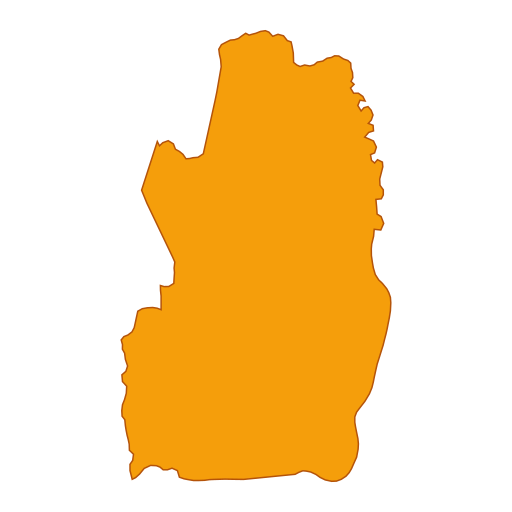 Imaruí, Santa Catarina, Brazil (Equal Earth projection)
{"feature_id": "56859067B62277062400963", "entity_name": "Imaruí", "entity_type": "district", "adm_level": 2, "iso_a3": "BRA", "parent_name": "Brazil", "parent_adm1": "Santa Catarina", "projection": "equal_earth", "projection_center": [-48.829, -28.216], "detail": "fine", "context": "isolated", "style": "filled", "palette": "amber", "viewbox_px": 512, "rotation_deg": 0, "n_neighbors": 0, "source": "geoboundaries", "source_scale": "gbopen_adm2", "svg_char_len": 2831}
<svg xmlns="http://www.w3.org/2000/svg" viewBox="0 0 512 512"><path d="M122.1,416.2L124.8,419.7L125.4,425.7L126.1,430.1L127.1,435.2L128.2,439.4L129.2,444.1L129.4,450.3L133.5,454.2L132.7,460.4L130.0,464.3L130.0,470.6L132.2,479.3L135.6,477.6L139.6,474.0L144.2,468.4L150.6,465.4L156.4,465.7L160.0,467.1L163.2,469.8L167.4,469.8L172.0,468.2L177.4,470.6L179.4,477.2L184.0,478.8L188.2,479.6L193.5,480.5L198.9,480.5L204.5,480.3L209.7,479.6L214.6,479.4L225.0,479.1L236.2,479.3L243.6,479.4L295.1,474.3L298.9,472.3L302.8,470.8L306.3,471.1L310.7,472.0L315.9,474.4L320.1,477.4L325.2,479.9L331.6,481.3L336.5,481.1L341.3,479.3L346.0,476.2L349.1,472.7L351.5,468.7L353.9,463.2L356.6,457.2L358.1,449.2L358.4,443.8L357.9,438.6L356.6,432.3L355.5,426.7L354.8,422.3L354.8,416.9L356.6,412.1L359.7,408.0L364.9,401.3L369.4,393.8L371.9,387.7L373.3,382.1L374.2,377.5L375.7,370.6L377.2,364.0L378.7,359.3L380.7,352.9L383.1,345.3L384.6,339.2L386.0,333.9L387.1,329.0L388.1,323.8L389.3,317.9L390.4,310.9L390.8,302.8L390.4,297.3L388.8,292.7L386.7,288.7L382.4,283.4L378.7,279.9L375.3,274.6L373.4,268.1L372.5,263.1L371.4,255.6L371.3,248.8L371.7,244.1L373.6,236.3L374.2,229.3L380.8,230.0L383.7,223.4L381.1,216.6L377.1,214.1L376.6,206.8L375.9,199.4L381.3,198.8L383.3,194.9L383.3,189.8L380.0,185.3L379.7,179.0L381.5,172.0L382.8,166.8L382.4,162.1L377.5,159.7L374.6,163.0L371.5,160.4L370.5,154.6L374.6,152.9L376.4,147.1L373.5,141.0L369.1,139.0L364.7,137.1L368.7,132.4L373.5,130.9L373.1,125.3L368.3,123.4L371.3,120.0L373.0,115.0L371.1,110.2L368.0,106.6L364.0,107.7L361.1,111.0L357.8,105.5L360.0,100.2L365.1,101.0L362.9,96.5L358.3,93.2L353.6,93.2L350.5,88.0L354.1,84.3L351.0,81.4L352.8,77.7L352.5,72.6L351.0,68.3L350.7,63.1L347.9,60.5L343.5,59.0L338.8,56.0L334.6,55.8L331.3,57.5L327.1,58.2L322.7,61.1L317.3,62.1L314.1,64.8L309.9,66.0L304.6,65.0L300.1,66.5L296.8,65.0L293.6,62.4L293.3,53.1L292.1,46.3L291.1,41.9L287.3,40.6L283.5,35.8L278.0,34.3L272.7,36.3L268.9,32.1L265.4,30.7L260.6,31.4L255.8,33.3L252.6,34.1L249.1,35.1L245.7,33.3L242.0,35.8L238.5,38.4L234.6,39.7L230.4,40.1L226.7,41.9L221.5,44.6L218.8,49.2L219.5,54.6L220.6,59.4L221.2,66.8L216.8,92.1L215.0,100.9L203.3,153.8L198.0,157.3L193.1,157.7L189.7,158.5L186.0,158.8L183.0,154.4L179.5,151.5L175.4,149.2L173.4,143.9L168.2,140.7L162.8,142.7L159.5,145.8L157.3,141.5L141.6,190.2L146.9,203.2L172.6,257.0L174.8,262.0L174.1,268.1L174.5,272.6L174.1,278.2L173.8,283.4L168.8,286.5L164.1,286.6L160.4,285.5L160.5,290.4L161.1,296.0L161.1,303.4L161.1,309.7L157.1,308.2L152.7,307.5L147.3,307.8L142.3,308.7L137.8,311.2L136.5,317.1L135.2,323.2L134.2,327.7L132.0,331.9L127.9,335.0L123.9,336.6L121.2,339.9L122.5,344.6L122.4,349.2L124.6,353.1L125.4,359.4L127.6,366.0L125.9,371.3L121.9,374.8L122.5,381.6L126.7,386.2L126.3,393.3L124.5,399.7L122.5,404.7L121.8,410.6L122.1,416.2Z" fill="#f59e0b" stroke="#b45309" stroke-width="1.5"/></svg>